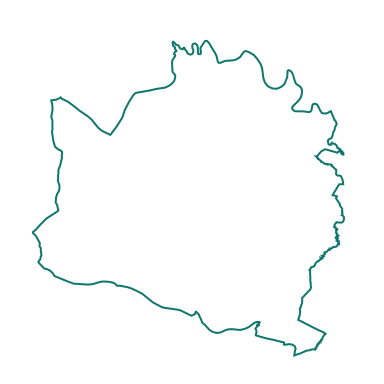 Ban Na Doem, Surat Thani, Thailand, rotated 96°
{"feature_id": "78962969B23472682189323", "entity_name": "Ban Na Doem", "entity_type": "district", "adm_level": 2, "iso_a3": "THA", "parent_name": "Thailand", "parent_adm1": "Surat Thani", "projection": "robinson", "projection_center": [99.29, 8.896], "detail": "fine", "context": "isolated", "style": "outline", "palette": "teal", "viewbox_px": 384, "rotation_deg": 96, "n_neighbors": 0, "source": "geoboundaries", "source_scale": "gbopen_adm2", "svg_char_len": 5773}
<svg xmlns="http://www.w3.org/2000/svg" viewBox="0 0 384 384"><g transform="rotate(96 192 192)"><path d="M276.5,64.2L274.3,63.6L273.4,64.0L268.9,64.7L268.4,65.1L264.4,65.4L260.5,66.1L258.9,66.1L257.9,66.4L257.3,67.0L256.7,66.9L256.3,66.3L254.3,65.4L253.3,62.9L252.5,62.8L251.5,61.9L250.9,62.0L249.8,61.6L247.8,59.9L247.7,59.1L247.0,58.8L246.8,58.3L245.6,57.5L245.5,56.9L244.1,57.3L244.6,56.1L244.4,55.3L243.3,55.1L242.0,56.1L241.9,54.3L241.2,54.7L240.1,53.4L239.2,53.9L239.0,53.5L238.1,53.8L238.0,52.8L237.3,51.8L235.4,50.3L235.2,49.1L234.0,49.4L234.0,48.6L233.6,48.3L233.4,47.0L232.0,46.1L231.5,43.3L230.3,42.0L228.7,41.5L228.7,40.2L227.5,40.3L226.9,41.0L226.0,40.9L226.4,41.6L225.2,42.1L225.6,42.4L225.4,43.1L224.9,43.0L224.4,42.2L223.2,42.4L223.3,43.6L222.7,44.4L222.4,44.3L222.2,42.5L221.2,43.4L220.7,42.4L220.1,42.9L219.8,42.4L219.5,43.2L218.8,43.2L218.6,43.8L217.9,43.8L217.6,44.4L215.9,44.4L215.2,44.8L214.5,43.7L213.6,43.7L213.1,45.4L212.6,45.3L212.0,45.8L212.0,46.9L211.5,46.9L209.2,46.6L207.6,45.3L207.0,45.2L206.9,40.6L206.4,39.3L204.5,38.2L202.1,38.1L200.6,38.5L199.7,39.7L199.5,40.6L198.0,40.0L197.3,40.5L196.5,40.3L195.3,40.9L194.4,40.6L192.8,41.0L189.8,43.7L188.4,43.7L183.2,48.2L181.2,47.4L180.3,51.8L169.0,46.5L168.4,42.4L163.7,43.7L160.6,45.6L160.2,47.0L160.5,48.9L159.6,50.3L158.8,50.6L154.7,50.9L153.9,52.4L152.0,54.5L151.8,55.7L151.5,56.0L150.3,55.9L150.1,58.5L150.6,59.7L150.0,60.0L149.8,60.8L150.4,61.5L149.9,62.4L150.1,62.9L149.7,63.8L149.2,64.4L148.4,66.9L147.5,66.9L147.3,67.8L146.3,68.9L145.9,70.2L145.2,70.3L144.9,71.1L144.5,71.1L143.6,72.4L143.5,71.7L143.0,71.1L138.3,67.9L135.6,64.2L135.7,62.9L137.7,51.5L135.6,49.8L135.5,49.4L138.7,46.9L139.0,45.4L137.5,45.5L136.9,46.2L135.6,47.2L134.4,49.2L133.7,49.4L133.8,50.0L133.0,51.2L132.9,52.0L132.2,52.0L131.7,52.7L130.6,53.1L129.1,55.1L129.4,56.5L128.3,57.8L129.5,58.7L130.6,58.9L130.4,61.1L127.0,62.3L125.4,61.5L123.9,59.1L123.2,58.6L120.5,58.0L118.7,58.0L115.1,56.7L113.1,56.6L109.1,55.2L105.8,57.0L105.5,58.0L104.0,58.5L97.1,62.4L99.1,65.2L99.9,66.8L100.1,69.9L99.8,71.1L97.9,72.8L92.8,75.9L91.6,77.4L91.4,79.0L91.7,80.3L92.6,81.2L98.4,81.8L99.3,82.3L100.3,83.7L100.2,89.9L100.9,97.7L100.3,99.4L99.1,100.8L97.5,101.2L96.1,100.6L90.2,95.7L86.9,93.8L83.6,93.1L79.9,93.1L78.3,93.6L76.7,94.6L75.6,96.0L73.8,99.4L72.9,100.3L68.5,102.4L65.2,103.6L62.5,105.2L61.1,107.0L60.7,108.6L61.5,109.6L67.6,109.3L73.5,110.8L75.5,111.7L78.1,114.2L80.1,117.7L80.6,119.4L80.6,122.9L79.6,126.0L78.4,128.2L75.3,131.0L71.3,132.9L61.3,135.3L57.7,137.1L52.9,140.9L49.4,144.7L46.9,150.0L46.2,153.3L46.5,154.2L47.7,155.4L52.5,158.1L53.8,159.4L55.7,162.2L56.6,164.3L58.2,172.8L60.5,177.2L60.7,178.2L60.6,179.2L59.9,179.9L54.4,181.7L51.6,183.4L42.2,190.6L40.3,192.7L40.2,194.0L40.7,195.0L47.3,198.4L48.4,198.6L52.1,197.7L53.4,197.8L54.1,198.3L54.2,199.9L53.7,200.4L47.3,201.4L45.0,202.6L44.0,204.3L44.1,205.5L44.5,206.2L45.6,206.9L47.1,207.0L49.0,206.5L50.8,205.5L52.7,205.4L54.4,206.0L55.0,206.6L55.5,207.7L55.3,209.3L54.5,210.9L53.8,211.6L52.8,211.7L51.3,213.6L49.4,214.6L49.4,215.4L51.1,216.2L51.1,216.9L50.1,219.2L47.8,220.6L47.4,221.4L47.2,223.4L45.7,224.6L45.3,225.6L44.5,226.2L44.6,226.7L45.8,226.8L48.5,226.1L49.8,224.2L51.6,223.8L53.1,222.3L53.5,222.3L54.7,223.7L56.5,224.3L56.9,224.2L57.5,223.2L58.4,222.9L62.9,225.2L65.2,225.4L74.4,224.0L77.3,221.2L78.2,220.8L79.8,220.7L83.2,221.3L86.2,223.2L88.4,225.4L91.0,229.6L93.4,238.8L95.7,245.5L99.1,257.6L99.9,259.0L102.1,260.6L108.6,263.9L117.4,267.4L124.2,268.8L126.3,269.6L135.2,274.0L143.7,279.2L141.2,286.3L139.8,289.3L137.8,292.1L130.3,299.6L127.2,304.2L122.6,312.9L119.6,317.3L115.0,325.2L112.9,331.0L111.6,332.5L112.6,333.6L114.4,336.8L115.6,341.6L118.7,340.4L122.2,339.6L126.5,339.3L130.8,339.8L132.4,339.7L135.3,338.3L145.3,337.3L146.9,337.5L155.5,335.3L161.2,333.0L163.6,329.6L164.4,327.1L165.3,325.6L167.6,325.1L169.8,325.4L171.2,324.9L179.6,325.9L184.0,327.2L187.4,326.8L190.1,326.9L192.4,326.5L194.3,326.7L199.4,324.5L202.7,324.2L204.7,324.4L208.4,326.0L211.4,326.6L216.3,326.5L216.8,326.4L218.8,324.9L224.2,323.0L225.2,323.6L233.5,333.9L239.9,339.1L246.1,343.6L248.2,345.8L248.6,345.9L249.4,345.9L252.2,342.5L257.5,338.8L259.0,337.9L261.3,338.1L262.6,337.5L263.0,336.9L264.0,336.3L265.6,336.4L270.5,335.1L271.7,335.6L274.7,335.9L276.9,337.2L278.0,337.4L283.5,331.1L283.9,328.1L284.9,325.1L287.3,322.0L289.7,320.3L290.5,318.2L294.1,305.8L295.5,300.0L295.0,286.5L294.6,283.6L293.7,280.3L291.0,274.0L290.3,271.2L290.0,265.3L290.4,261.4L290.8,259.9L291.7,258.2L293.2,256.5L292.8,255.0L292.8,252.9L293.4,246.3L294.3,241.9L296.2,236.5L298.5,230.7L305.9,219.3L309.5,210.4L310.1,207.2L310.5,193.9L311.1,190.7L315.1,179.6L313.2,176.4L311.1,175.9L310.6,175.4L313.4,172.0L315.2,171.5L316.9,170.1L320.8,168.2L322.9,165.2L327.3,160.2L328.5,158.0L329.3,155.0L329.5,153.5L329.2,150.5L328.5,148.6L325.5,143.5L324.5,140.2L324.2,136.6L324.2,130.0L322.9,125.8L320.7,121.8L315.8,116.5L314.8,114.9L314.4,113.5L314.3,111.4L314.7,111.0L316.2,112.0L317.5,111.4L318.0,112.1L317.2,112.9L317.2,113.3L317.9,113.5L318.8,113.1L321.1,114.6L323.0,113.5L324.9,113.2L326.7,113.6L327.9,113.5L329.8,103.0L330.6,94.8L331.8,87.1L331.8,85.2L332.1,84.6L334.0,84.7L334.2,84.4L334.2,83.5L333.1,79.5L333.4,76.0L334.6,73.7L337.0,72.5L338.8,73.0L343.8,73.2L341.1,67.2L337.8,61.5L337.3,59.2L335.8,55.7L335.7,53.9L336.0,53.1L335.0,52.4L334.0,52.8L333.2,51.8L332.8,51.9L332.2,51.4L331.9,51.8L330.9,51.5L330.6,50.7L329.7,50.9L329.5,49.9L327.9,49.6L328.0,48.7L327.4,49.0L326.9,48.5L326.2,48.5L326.1,47.9L325.7,48.1L325.2,47.8L325.1,48.5L325.0,47.3L322.5,46.7L320.2,45.4L319.3,44.3L318.9,44.5L318.5,45.5L318.3,45.5L317.8,46.7L315.4,53.9L308.0,73.0L303.1,72.0L299.3,71.9L296.7,72.6L295.2,71.8L293.6,71.7L291.5,71.0L288.3,71.0L285.9,71.4L276.5,64.2Z" fill="none" stroke="#0f766e" stroke-width="2"/></g></svg>